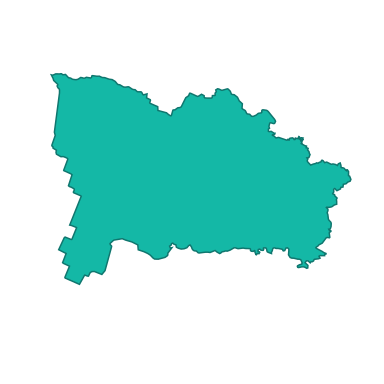 Perm', orthographic projection, rotated 278°
{"feature_id": "RUS-3200", "entity_name": "Perm'", "entity_type": "Territory", "adm_level": 1, "iso_a3": "RUS", "parent_name": "Russia", "parent_adm1": "", "projection": "orthographic", "projection_center": [56.51, 58.891], "detail": "fine", "context": "isolated", "style": "filled", "palette": "teal", "viewbox_px": 384, "rotation_deg": 278, "n_neighbors": 0, "source": "natural_earth", "source_scale": "10m", "svg_char_len": 6070}
<svg xmlns="http://www.w3.org/2000/svg" viewBox="0 0 384 384"><g transform="rotate(278 192 192)"><path d="M166.3,334.8L165.8,334.5L165.8,332.2L165.2,331.2L159.5,328.1L157.3,325.0L155.7,324.0L155.0,322.9L154.1,322.4L153.6,322.8L153.2,323.7L151.3,329.1L150.3,331.1L149.8,333.2L149.4,333.4L148.6,332.1L147.4,332.2L146.8,327.5L146.5,327.0L146.1,326.7L144.3,328.0L143.5,326.6L142.4,322.7L142.1,322.3L140.7,322.0L139.8,321.0L139.3,319.3L138.3,318.9L139.9,316.6L139.8,315.0L139.5,314.7L137.7,313.8L135.5,317.0L132.9,317.2L132.4,316.2L133.2,314.3L133.4,312.9L133.1,311.0L132.0,308.1L132.1,307.2L132.9,306.7L133.6,306.8L134.9,308.5L135.8,310.7L137.2,310.9L138.8,310.0L140.1,309.1L140.4,307.6L140.2,306.1L140.6,302.1L140.4,299.9L140.8,298.3L143.2,296.3L148.2,296.0L149.2,295.6L150.0,294.3L149.5,292.8L146.9,292.0L146.4,290.8L146.6,290.2L147.6,289.8L147.9,289.0L148.1,285.0L147.8,283.1L148.2,281.7L148.0,280.8L147.5,280.1L146.3,279.7L145.0,279.7L143.6,279.1L142.1,279.3L142.9,275.7L143.4,274.7L146.0,273.7L146.9,272.9L146.7,270.9L146.3,270.5L145.1,271.0L144.2,270.7L144.0,269.9L144.0,268.3L144.9,267.1L144.3,265.7L142.6,265.5L142.0,267.3L141.7,267.5L140.2,266.9L140.3,265.4L138.8,264.5L139.0,263.8L140.0,263.6L140.5,263.0L142.6,262.3L142.7,261.9L141.7,260.9L141.6,259.0L142.1,258.1L143.6,257.8L144.0,257.3L143.5,252.6L143.6,250.5L142.4,246.0L142.3,245.1L142.8,242.5L142.5,241.3L139.8,237.9L138.4,235.3L138.2,233.1L137.5,231.9L137.0,230.2L135.6,229.0L134.9,228.0L136.0,225.1L137.3,223.0L134.6,218.3L134.6,216.2L134.3,213.8L132.6,207.5L132.7,206.5L134.1,204.6L134.1,202.3L134.8,200.9L135.8,200.0L137.7,199.0L139.3,197.4L138.5,196.2L136.1,194.7L134.7,192.1L134.0,189.2L134.4,186.3L135.2,184.2L137.5,183.4L137.7,181.5L138.7,180.1L138.0,178.9L136.6,178.8L135.3,177.3L133.5,178.3L134.1,179.9L128.1,176.6L126.2,176.8L125.4,176.4L123.5,174.4L120.8,168.0L120.4,164.3L121.2,162.6L123.6,159.6L124.9,156.9L126.2,152.7L127.3,146.8L132.1,145.7L134.2,139.3L135.1,133.2L136.0,129.6L135.9,129.0L133.6,121.6L133.2,121.0L129.6,118.0L128.5,118.4L127.4,119.8L126.8,120.0L102.0,116.8L97.8,114.2L99.7,106.4L99.2,103.7L97.6,102.2L94.3,101.2L94.2,100.1L94.8,97.4L94.4,97.1L84.9,93.4L89.1,78.4L89.8,78.0L101.5,81.0L103.4,74.7L104.0,73.7L113.6,75.9L116.3,68.0L128.8,71.8L129.4,72.2L129.7,72.7L129.6,73.0L128.2,78.8L128.3,79.5L128.6,79.7L140.6,82.7L140.9,82.1L142.1,77.1L142.2,75.5L172.4,82.9L172.9,81.9L174.8,74.9L175.4,74.5L177.4,75.1L178.5,75.0L178.9,74.4L179.9,71.9L180.3,69.9L181.0,68.8L192.4,70.8L193.2,69.4L195.3,62.1L195.6,61.9L207.0,64.4L207.8,64.2L208.4,62.8L209.1,60.1L209.1,59.2L208.7,57.3L210.6,52.5L212.4,51.8L214.5,51.9L216.1,48.3L217.4,48.0L218.1,46.9L218.8,46.7L229.0,48.7L232.1,47.4L271.5,47.0L274.6,46.6L275.5,46.2L276.3,45.0L277.7,43.9L278.4,43.7L279.2,44.2L279.9,44.1L283.2,39.5L285.2,38.6L288.4,36.4L288.3,37.4L288.5,38.2L290.0,40.6L290.5,44.6L290.9,45.7L290.9,46.4L290.1,47.8L290.8,50.4L288.0,53.8L287.9,56.0L287.0,58.0L287.0,60.8L287.2,62.0L287.9,63.6L289.9,65.8L289.9,67.1L289.6,69.2L289.9,70.0L290.9,71.4L290.8,75.8L291.5,76.5L293.1,76.7L293.4,77.3L293.4,81.7L293.8,84.1L292.9,87.1L293.1,89.7L292.2,94.1L292.2,97.3L290.8,100.6L288.2,103.4L288.1,105.7L286.5,109.5L286.5,111.3L287.3,114.1L287.3,114.8L285.5,118.6L285.3,119.9L285.4,121.4L283.8,123.7L283.7,124.5L284.1,127.6L283.6,128.4L281.7,129.8L281.4,130.3L282.9,133.8L278.9,133.9L277.6,137.8L277.0,138.1L274.5,137.7L274.0,138.1L271.7,146.2L268.0,146.9L266.9,155.7L265.4,158.0L264.5,160.1L264.6,160.7L265.3,161.0L270.4,161.7L270.6,161.9L271.0,163.7L273.4,166.2L274.0,168.4L274.9,169.5L284.5,172.7L286.8,175.2L289.4,175.9L289.6,176.2L289.5,177.1L287.4,184.1L287.8,185.1L290.1,187.8L289.1,190.6L287.5,190.9L287.0,191.4L287.1,194.0L287.7,198.1L288.2,198.8L290.3,198.8L290.8,201.3L291.1,201.5L293.1,201.1L294.7,202.1L296.4,201.3L297.8,203.0L297.7,204.4L296.9,206.9L296.9,207.7L299.1,212.7L298.9,213.6L297.1,215.9L294.4,217.4L294.2,218.1L294.2,220.3L292.2,223.8L288.8,226.1L286.4,229.6L281.8,229.9L281.1,230.8L280.3,232.9L279.7,233.7L277.3,235.3L277.0,236.0L277.0,238.3L275.3,240.4L275.3,241.5L275.6,242.5L277.2,245.0L279.1,246.7L280.0,249.5L280.6,250.0L282.3,249.8L283.1,250.2L283.3,251.3L283.3,254.1L283.1,255.0L282.4,256.2L275.3,263.8L273.6,264.9L271.6,264.3L271.2,263.8L271.1,263.0L271.5,260.6L271.4,259.8L270.9,259.4L267.8,259.0L265.9,259.9L265.0,258.9L262.7,259.2L262.5,260.1L263.1,261.9L261.6,265.3L261.7,266.0L260.8,265.9L260.2,264.9L260.0,263.8L259.6,263.6L259.3,263.8L258.6,265.9L257.4,267.2L257.3,268.0L258.0,269.7L258.1,270.3L256.5,278.8L257.6,279.7L257.0,280.4L256.9,280.9L258.7,281.3L259.1,282.1L259.6,284.1L259.1,285.2L258.2,285.7L258.2,286.5L258.4,286.8L259.8,286.9L259.5,288.8L259.8,289.4L261.8,290.1L261.6,290.6L259.6,290.5L259.3,290.9L259.5,291.7L260.8,292.1L261.0,293.1L260.9,294.4L260.0,294.0L259.6,294.8L259.3,294.8L258.8,294.2L257.8,294.0L258.9,293.0L258.9,292.7L258.5,292.3L257.7,292.6L257.0,293.7L256.2,293.7L255.7,294.1L255.1,293.5L253.6,297.3L253.4,299.0L251.7,298.9L251.6,300.5L251.2,301.0L249.7,300.6L248.3,302.2L246.5,302.9L245.5,303.7L242.5,303.0L242.2,302.6L241.8,301.1L240.8,302.1L238.8,301.7L237.6,302.7L235.2,305.8L236.5,308.1L237.4,310.4L238.2,311.3L238.1,312.9L239.0,313.8L239.8,315.5L241.3,315.9L241.6,316.4L241.2,317.5L239.5,319.3L240.3,320.9L240.3,321.5L238.8,326.0L239.4,327.7L239.2,330.4L238.5,332.3L240.3,333.0L241.4,334.7L239.3,335.7L237.0,336.3L236.9,336.8L237.0,337.9L236.7,339.3L235.0,341.2L234.6,342.1L235.6,342.3L235.6,342.8L234.0,344.2L230.0,344.7L229.6,345.9L226.6,347.6L224.7,347.1L223.5,344.9L221.6,343.4L220.7,340.8L217.9,340.8L217.3,338.7L215.7,338.6L213.5,335.4L213.5,335.1L215.2,333.2L215.3,332.7L214.3,331.9L211.8,332.4L210.1,331.6L209.4,332.2L209.3,333.5L208.0,334.0L206.2,336.5L204.5,336.0L203.2,336.5L200.0,337.0L199.1,334.9L197.0,332.7L196.5,331.8L195.9,329.9L195.7,327.5L195.4,327.2L193.9,329.0L192.4,329.2L190.3,328.7L188.4,329.7L184.2,330.8L183.2,331.5L181.3,333.8L180.0,334.3L177.0,334.5L175.0,334.1L174.5,333.8L174.2,332.6L173.2,333.3L173.0,334.8L172.6,335.1L171.8,334.7L171.4,333.7L170.5,333.6L166.3,334.8Z" fill="#14b8a6" stroke="#0f766e" stroke-width="1.5"/></g></svg>